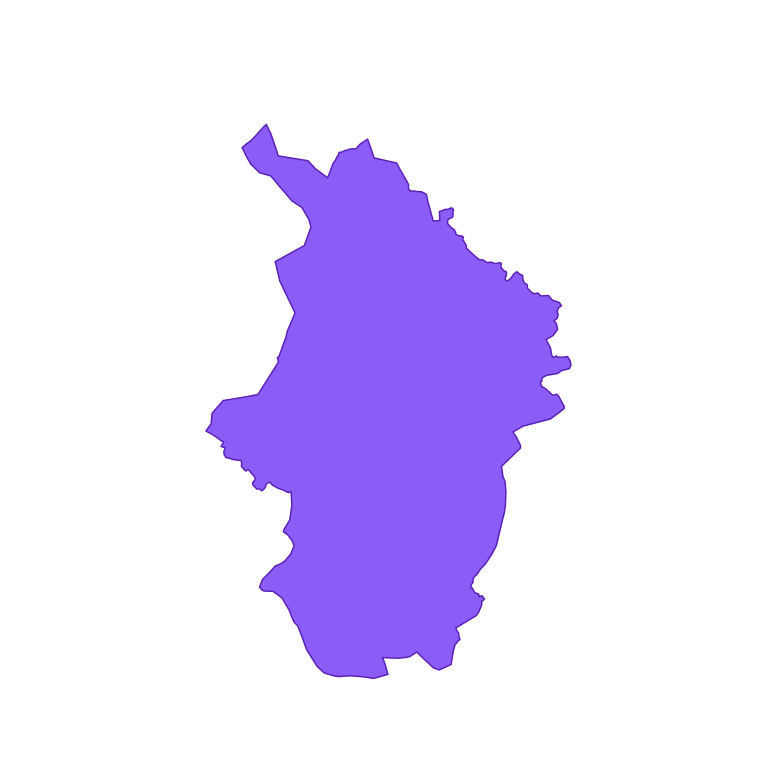 the district of Fakai, Kebbi, Nigeria, rotated 67°
{"feature_id": "59680162B55504856664882", "entity_name": "Fakai", "entity_type": "district", "adm_level": 2, "iso_a3": "NGA", "parent_name": "Nigeria", "parent_adm1": "Kebbi", "projection": "mercator", "projection_center": [4.84, 11.54], "detail": "fine", "context": "isolated", "style": "filled", "palette": "violet", "viewbox_px": 768, "rotation_deg": 67, "n_neighbors": 0, "source": "geoboundaries", "source_scale": "gbopen_adm2", "svg_char_len": 5016}
<svg xmlns="http://www.w3.org/2000/svg" viewBox="0 0 768 768"><g transform="rotate(67 384 384)"><path d="M99.2,390.9L100.0,393.6L101.7,397.3L102.9,400.0L105.3,405.0L106.9,408.6L108.0,411.5L108.9,415.4L110.9,422.2L119.3,421.8L121.5,421.6L129.6,420.7L141.0,415.9L148.2,406.9L162.2,402.7L179.7,397.1L189.4,390.6L203.6,388.8L211.1,390.0L225.5,403.3L226.1,409.9L228.8,436.3L248.6,439.7L264.3,439.0L281.4,438.2L283.8,438.1L297.8,452.6L298.7,453.1L302.2,455.6L317.5,469.8L318.2,471.9L322.5,472.5L344.4,504.1L342.4,513.8L336.4,538.5L343.9,553.8L353.0,558.6L357.6,566.2L359.7,564.8L362.2,562.6L363.9,561.5L365.8,560.1L369.2,558.0L372.3,556.3L374.4,554.6L375.4,555.1L376.2,555.9L376.8,557.3L377.8,558.2L378.9,557.4L380.2,555.4L381.0,555.1L381.5,555.9L382.6,556.9L384.2,558.1L386.8,558.7L389.9,558.2L392.0,555.4L394.0,553.1L395.7,550.7L396.7,548.7L397.2,547.8L398.6,545.6L399.8,545.5L401.5,546.1L403.0,547.0L404.6,547.4L406.7,546.5L408.3,546.2L409.5,545.5L410.2,545.1L409.7,543.3L409.8,543.0L410.2,542.1L411.7,541.7L413.1,541.2L415.2,540.7L417.6,539.7L419.1,539.6L421.2,539.4L421.8,540.3L422.6,541.7L423.3,543.2L424.2,543.7L424.6,543.9L426.9,543.9L428.6,542.9L430.7,542.3L430.9,542.3L431.3,541.1L431.4,540.5L432.5,539.3L433.9,538.7L434.4,538.4L434.3,537.1L433.8,535.6L433.6,535.1L433.1,534.2L432.1,533.1L430.7,532.1L429.9,530.5L429.5,528.8L429.5,528.5L430.6,527.2L433.1,526.5L438.5,522.3L442.1,518.4L444.9,516.0L446.1,514.8L446.6,514.3L446.7,512.9L446.7,512.7L446.9,511.6L459.5,516.1L472.3,523.9L474.8,527.3L478.4,532.4L480.7,534.3L485.6,531.4L492.3,529.9L497.7,529.9L503.8,536.0L504.4,537.1L507.8,543.6L508.1,544.5L509.1,548.4L509.1,551.0L509.1,555.2L513.2,564.1L516.5,572.4L522.3,577.9L525.8,576.9L527.6,575.5L531.5,567.2L541.0,561.5L554.6,559.7L566.1,559.9L568.6,559.6L573.1,557.9L585.1,558.3L598.5,559.0L617.7,555.9L626.4,552.1L633.2,544.1L635.5,540.3L639.4,529.1L644.1,520.0L647.5,514.0L650.9,508.8L652.8,493.9L643.2,492.6L638.4,492.3L635.3,492.2L641.8,478.4L643.7,472.7L645.0,466.7L643.5,458.5L645.5,457.7L649.6,456.1L658.7,452.0L664.8,449.3L668.8,444.9L668.4,431.8L656.9,424.6L651.8,420.5L650.3,417.5L649.5,416.7L649.3,415.5L649.0,414.0L647.1,413.7L645.3,413.6L643.7,413.0L642.1,412.6L640.4,413.1L638.8,413.4L636.6,413.2L633.2,389.6L631.4,386.4L628.9,383.9L627.9,382.9L626.8,381.7L625.8,380.6L624.3,379.8L623.4,379.5L622.2,379.2L622.0,378.7L622.0,377.3L621.6,376.3L620.8,375.4L619.3,376.1L618.1,376.1L617.1,376.9L616.9,378.9L617.2,379.1L616.9,379.5L616.4,379.7L616.2,379.4L615.5,379.2L614.4,378.9L613.1,380.3L611.9,381.6L610.2,382.2L608.3,382.2L606.1,382.6L605.2,383.5L603.9,382.8L602.4,381.5L601.5,379.7L600.7,379.2L599.4,378.7L597.7,377.7L596.3,375.0L595.5,372.6L592.2,367.8L589.5,361.4L583.2,351.7L576.6,343.7L555.7,328.3L549.3,323.4L542.6,319.4L531.0,314.0L521.5,310.8L515.3,310.6L505.7,308.0L496.2,283.2L493.2,282.3L484.4,283.0L480.8,283.7L478.5,283.9L477.1,272.4L481.2,244.3L477.2,228.4L476.7,227.6L475.6,227.3L475.1,226.8L473.9,227.1L471.9,227.3L470.2,227.4L464.6,227.8L461.1,228.7L460.2,233.1L451.7,237.0L447.7,239.9L443.3,239.4L443.2,237.7L440.9,236.7L439.9,235.5L439.6,230.8L441.1,224.5L442.1,220.1L441.1,215.2L442.1,208.6L442.3,207.3L439.6,204.4L435.0,203.6L430.5,204.4L429.2,208.9L427.4,213.1L425.5,214.7L425.9,217.8L423.1,218.4L416.2,216.7L406.4,217.3L405.4,209.3L401.5,202.8L395.6,201.7L392.1,202.8L391.2,198.8L388.4,196.7L384.5,196.0L382.1,193.5L381.3,190.1L377.5,190.8L372.5,196.3L366.9,198.0L365.1,202.8L364.3,205.1L360.4,206.8L359.5,210.5L357.4,212.3L352.1,214.5L348.4,213.4L345.7,215.4L341.9,215.3L338.2,214.0L336.1,215.9L332.5,217.9L333.5,221.6L336.1,225.7L337.4,229.9L335.3,231.9L333.8,231.1L332.2,229.2L330.9,228.6L330.2,228.0L328.8,227.6L327.7,228.0L327.8,228.5L327.3,229.3L326.5,229.3L325.8,229.7L325.0,230.0L324.3,230.0L323.2,230.6L322.3,230.5L321.0,230.4L320.3,230.0L319.7,229.3L318.8,229.0L317.9,229.6L317.5,230.6L316.7,234.3L313.2,238.6L313.0,241.0L310.9,242.9L309.0,243.7L308.0,245.3L307.1,247.5L306.2,248.0L303.8,249.3L298.7,251.8L291.5,254.9L287.7,254.1L283.2,254.9L281.9,255.3L280.1,253.6L278.4,254.2L277.6,255.5L276.6,257.3L274.2,259.4L272.5,258.8L269.3,259.1L266.0,261.1L261.4,262.8L259.5,262.0L258.2,261.4L257.5,260.0L257.3,259.0L257.4,258.1L257.4,257.4L257.2,256.1L256.8,255.2L256.1,254.8L255.5,254.6L255.1,254.3L254.5,253.9L253.7,253.8L253.0,253.6L252.5,253.2L251.7,252.6L251.2,252.1L250.3,252.0L249.5,252.2L248.8,252.5L248.4,253.0L248.1,253.4L248.1,253.9L248.1,254.4L248.3,255.1L248.2,256.0L248.2,256.4L248.2,257.3L247.8,258.0L247.4,258.7L247.2,259.5L247.1,263.8L246.9,265.6L255.3,268.8L253.2,275.0L231.7,272.1L226.6,271.0L224.7,271.7L221.5,274.6L219.7,278.5L218.5,280.1L216.7,284.3L213.4,285.2L210.1,283.4L199.1,284.6L192.0,285.5L185.6,285.9L172.1,304.7L152.3,303.4L153.1,308.7L154.1,313.0L156.2,317.0L156.3,318.5L155.4,320.8L154.4,323.5L154.3,326.6L153.8,328.9L154.0,332.0L153.3,335.0L155.1,336.1L156.7,338.8L159.0,341.1L160.6,344.2L172.2,355.3L158.9,363.1L148.8,366.7L132.7,392.3L126.6,391.6L109.2,390.4L99.2,390.9Z" fill="#8b5cf6" stroke="#5b21b6" stroke-width="1.5"/></g></svg>